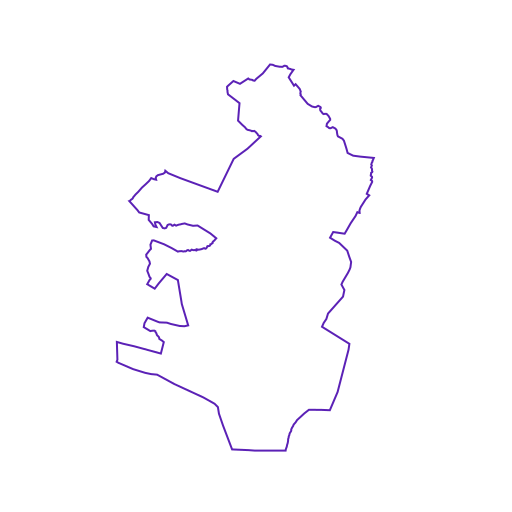 outline of Maradun, Zamfara, Nigeria, rotated 208°
{"feature_id": "59680162B87372052025364", "entity_name": "Maradun", "entity_type": "district", "adm_level": 2, "iso_a3": "NGA", "parent_name": "Nigeria", "parent_adm1": "Zamfara", "projection": "mercator", "projection_center": [6.33, 12.717], "detail": "fine", "context": "isolated", "style": "outline", "palette": "violet", "viewbox_px": 512, "rotation_deg": 208, "n_neighbors": 0, "source": "geoboundaries", "source_scale": "gbopen_adm2", "svg_char_len": 4823}
<svg xmlns="http://www.w3.org/2000/svg" viewBox="0 0 512 512"><g transform="rotate(208 256 256)"><path d="M167.2,278.2L166.9,284.2L167.0,288.0L167.3,290.3L169.2,295.4L173.3,299.1L177.8,303.4L178.1,303.6L188.7,306.6L193.6,306.5L199.2,306.9L199.1,313.4L188.2,317.3L188.0,322.0L187.8,329.3L186.9,338.1L187.1,342.3L184.9,342.6L184.7,342.7L186.0,344.7L186.4,347.0L186.5,348.7L185.8,357.4L184.5,362.7L187.4,362.9L188.1,371.6L188.2,376.0L188.7,376.7L190.3,377.0L190.3,379.2L190.4,379.9L190.6,380.2L190.9,380.5L191.6,380.6L192.4,380.8L192.7,381.4L192.8,382.2L193.2,383.0L193.4,383.6L193.1,384.0L192.8,384.5L192.8,385.1L193.7,385.9L194.0,386.5L194.3,387.1L194.9,387.7L196.0,388.2L196.2,390.3L197.2,390.9L197.4,392.1L197.6,392.9L197.4,393.9L197.8,394.6L197.8,395.7L198.0,397.9L210.6,392.7L217.3,390.2L223.5,390.0L226.2,392.9L228.2,394.9L232.5,399.1L234.7,400.1L237.4,400.1L239.8,400.1L240.9,401.0L242.6,403.2L243.2,404.2L244.3,405.2L245.9,405.8L248.7,405.8L250.1,403.9L250.7,403.5L251.7,403.3L252.7,403.6L254.7,403.7L255.5,406.1L254.9,409.0L254.4,411.0L254.9,411.9L257.7,413.7L260.4,414.6L261.9,413.9L262.8,413.1L263.9,413.1L265.8,414.0L267.5,414.7L268.5,416.0L268.3,417.2L269.0,417.8L270.1,417.8L271.6,417.8L273.0,415.6L274.0,415.0L276.7,414.3L281.8,414.6L292.2,418.8L292.4,419.8L292.6,419.9L293.0,420.1L293.2,420.4L293.3,420.8L293.5,421.3L293.7,421.7L293.7,422.2L295.8,424.0L298.3,425.0L301.7,426.3L302.4,424.2L311.0,429.1L311.0,432.5L310.3,438.0L312.4,437.3L313.4,437.3L314.7,436.9L315.4,436.9L315.8,436.6L316.1,436.7L316.8,437.4L317.8,438.0L319.1,437.8L320.3,437.3L321.4,435.5L324.0,434.2L326.5,433.4L328.4,432.8L330.9,432.7L333.5,431.7L335.7,420.4L338.9,412.6L339.5,410.1L341.0,409.6L341.8,409.8L343.4,409.3L344.7,408.8L346.2,409.1L351.0,400.5L358.1,399.9L360.7,392.9L361.0,391.8L359.6,389.5L358.6,388.4L358.3,387.6L356.6,385.6L342.3,383.2L340.3,378.5L335.4,367.1L329.9,365.4L326.2,364.5L323.9,363.5L322.4,363.5L320.8,364.0L319.2,364.3L318.1,364.3L317.7,364.8L316.9,365.0L316.3,365.6L314.7,365.4L311.9,364.4L310.8,363.6L309.6,363.5L308.6,364.0L307.9,363.9L313.9,346.7L321.3,331.3L320.0,294.7L359.4,289.2L372.4,287.9L376.1,288.7L375.6,287.0L376.6,285.0L378.9,282.9L380.6,281.3L381.4,279.5L381.2,277.8L380.0,276.5L382.1,275.9L385.1,275.6L385.4,273.4L385.7,271.8L387.2,267.3L388.8,262.9L390.1,257.3L391.2,253.9L391.4,253.0L392.0,250.1L391.9,249.5L392.0,248.5L392.8,247.0L393.1,246.1L393.1,245.5L393.6,245.0L382.1,240.8L379.6,239.6L369.8,241.8L367.7,237.5L362.9,235.6L360.3,234.1L357.4,234.9L359.6,236.5L361.1,238.3L359.0,239.7L356.7,239.9L351.5,237.0L349.6,237.5L348.5,238.7L348.6,241.9L347.6,243.1L346.8,243.6L345.9,243.9L345.1,243.7L344.2,243.4L343.6,243.7L342.7,245.4L340.8,245.3L339.8,246.5L338.8,247.5L337.5,248.5L336.5,249.5L334.2,251.3L331.3,251.7L325.8,253.1L321.9,255.5L306.9,254.5L299.4,253.0L300.1,250.0L300.7,248.6L300.8,247.6L300.4,247.2L300.6,246.7L301.2,245.4L301.8,244.9L301.5,244.0L301.7,243.2L302.5,242.5L303.5,241.9L303.5,241.4L303.4,240.3L303.7,239.1L304.2,238.6L305.5,238.6L306.3,237.7L307.2,236.6L308.7,235.3L309.8,234.5L311.1,234.2L311.4,234.1L310.9,233.4L311.1,232.9L311.9,232.7L312.7,232.7L313.2,232.2L314.2,231.7L315.8,231.4L316.2,230.4L316.7,229.5L317.7,229.3L318.8,229.4L319.5,228.7L319.9,227.6L320.4,227.0L321.3,226.7L321.8,226.1L322.7,225.7L324.0,225.4L325.6,224.4L326.5,223.8L327.0,223.2L334.3,223.4L342.7,223.2L353.6,221.8L355.0,220.9L354.5,216.4L352.1,213.0L352.6,211.3L353.2,207.7L353.6,205.7L352.4,203.8L350.6,203.2L349.4,202.4L347.6,201.3L346.0,199.4L346.0,195.9L345.1,191.9L342.4,189.6L340.2,187.6L338.5,186.9L338.3,186.1L338.7,185.0L338.8,180.0L330.1,179.6L329.0,186.2L326.4,198.2L313.7,198.1L300.4,180.7L299.0,178.8L283.3,162.9L286.2,160.4L290.5,158.4L299.3,156.0L303.4,155.3L310.0,152.1L311.9,151.8L320.7,150.9L322.7,150.7L322.9,144.3L321.7,140.5L314.0,140.1L313.1,140.9L311.9,141.7L310.6,142.4L309.5,142.3L309.1,141.7L308.5,141.4L307.8,141.1L307.4,140.7L306.5,139.8L305.6,139.4L304.7,139.2L303.5,138.7L302.4,137.4L299.4,137.2L297.0,136.7L294.2,125.2L321.2,119.1L332.3,116.1L338.5,114.8L329.7,99.4L329.4,97.2L327.1,97.1L311.5,98.4L299.0,100.8L293.1,102.5L290.5,103.6L287.6,104.8L267.8,104.6L236.1,106.4L223.2,106.1L218.7,104.7L214.7,99.4L205.6,90.9L186.3,74.0L171.2,81.2L165.5,83.7L138.5,98.1L138.9,99.2L139.1,100.4L139.3,102.0L139.9,104.0L140.0,104.7L140.2,105.7L140.6,107.0L141.1,108.3L141.7,109.5L141.9,110.9L142.4,112.1L142.5,113.6L142.9,114.7L143.0,116.0L142.9,116.8L142.8,117.4L142.9,118.4L143.3,119.0L143.5,119.6L143.5,120.7L143.6,121.1L143.4,123.4L143.5,123.8L143.6,124.9L143.1,127.0L142.9,127.8L142.9,128.3L142.7,130.5L139.4,139.8L137.1,145.0L132.6,147.4L125.9,150.9L118.4,154.5L120.1,174.2L130.3,216.7L132.3,222.3L164.5,224.5L164.8,228.7L164.3,233.4L165.4,239.0L160.1,261.0L162.0,267.5L167.2,270.9L167.4,274.0L167.2,278.2Z" fill="none" stroke="#5b21b6" stroke-width="2"/></g></svg>